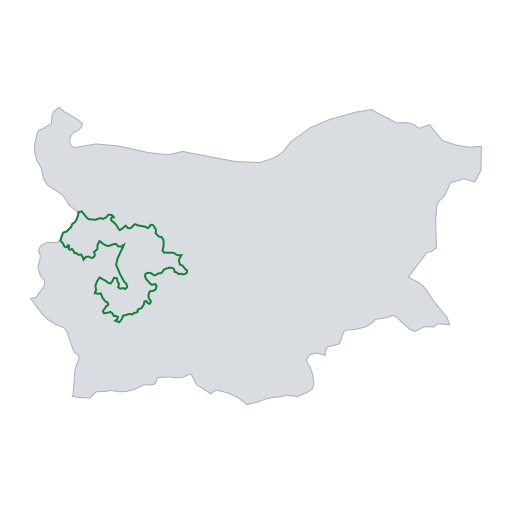 location of Sofia within Bulgaria
{"feature_id": "BGR-2244", "entity_name": "Sofia", "entity_type": "Province", "adm_level": 1, "iso_a3": "BGR", "parent_name": "Bulgaria", "parent_adm1": "", "projection": "orthographic", "projection_center": [23.554, 42.64], "detail": "fine", "context": "in_parent", "style": "outline", "palette": "green", "viewbox_px": 512, "rotation_deg": 0, "n_neighbors": 0, "source": "natural_earth", "source_scale": "10m", "svg_char_len": 4998}
<svg xmlns="http://www.w3.org/2000/svg" viewBox="0 0 512 512"><path d="M449.7,324.9L439.6,323.7L436.2,324.4L434.0,327.0L429.4,326.7L423.6,327.0L417.8,330.1L414.5,331.5L409.9,329.1L401.3,321.7L396.1,316.5L392.3,315.3L388.6,317.1L375.3,319.5L372.2,322.8L366.2,326.5L360.0,328.4L351.1,329.9L346.3,329.9L343.8,331.7L341.7,336.9L340.4,341.9L339.1,344.0L328.0,346.8L325.7,349.8L325.1,352.6L325.4,355.4L316.4,353.0L309.5,355.0L307.9,357.2L306.6,360.3L307.5,363.6L310.1,366.7L312.8,375.2L313.9,383.8L312.6,388.7L307.5,392.4L297.0,396.6L286.6,395.0L282.0,396.6L274.4,397.3L267.4,398.5L256.6,402.3L246.9,404.6L237.9,397.6L227.4,392.8L216.4,390.1L212.6,392.3L211.0,394.0L201.7,387.8L197.6,385.5L195.6,383.1L191.7,374.7L189.4,374.4L181.9,377.7L174.6,377.6L170.2,377.0L157.2,377.5L155.5,383.3L153.9,384.2L151.1,385.0L144.2,384.7L135.4,389.0L125.9,391.6L118.4,391.7L110.8,390.4L106.2,391.3L96.3,391.7L90.0,398.0L80.3,397.5L72.1,396.4L73.1,394.5L74.9,369.6L79.0,358.6L78.9,356.3L78.1,354.6L74.5,352.8L72.0,346.8L66.7,330.9L63.7,327.7L55.4,324.3L48.1,319.7L41.9,313.6L30.7,298.6L36.5,297.2L38.3,294.2L44.1,286.2L44.8,282.2L44.2,279.9L40.4,275.9L37.9,267.4L40.0,259.4L40.2,255.3L38.4,251.2L40.4,246.1L44.6,243.4L47.1,242.6L57.9,242.2L64.9,232.1L69.1,228.9L73.3,223.2L75.3,221.1L77.2,216.7L77.9,212.1L69.4,205.6L66.6,200.8L62.9,195.4L57.8,191.7L47.6,185.3L43.6,178.8L41.9,170.5L39.3,164.2L36.4,160.0L35.9,156.7L34.7,152.6L34.5,144.5L37.0,133.9L38.7,130.1L42.1,129.1L51.4,123.5L51.9,116.2L53.6,111.7L56.5,109.2L59.2,107.4L64.2,111.7L76.3,118.6L82.2,123.5L81.9,126.6L79.1,129.6L73.8,132.5L70.6,136.4L69.8,141.2L70.5,144.7L74.2,147.7L96.2,143.9L118.4,146.0L148.3,152.6L168.2,154.8L182.8,151.5L210.0,156.8L235.4,161.5L259.7,162.6L273.2,158.2L282.6,152.4L290.6,141.9L310.4,127.7L329.7,119.4L355.0,112.3L372.0,109.5L374.5,111.5L396.8,123.0L406.5,122.6L414.4,124.5L417.5,127.6L419.5,128.3L429.7,124.7L434.7,131.3L442.5,140.5L455.1,144.8L466.2,146.9L469.7,147.2L481.3,146.3L481.0,170.4L474.8,181.9L464.0,178.8L450.8,182.6L444.4,195.7L440.5,199.6L437.1,204.2L435.6,220.8L436.5,247.8L431.5,251.3L426.8,252.6L408.3,277.2L420.0,283.4L425.2,288.2L434.3,301.9L446.9,317.2L449.7,324.9Z" fill="#d9dde1" stroke="#a8b0b8" stroke-width="1"/><path d="M60.4,240.7L60.8,239.6L62.2,234.8L62.6,233.6L63.2,232.7L64.0,232.2L66.0,231.8L67.0,231.4L68.0,230.0L71.1,227.1L71.4,226.4L72.0,224.5L72.4,223.8L73.0,223.3L74.2,222.7L74.8,222.3L76.3,220.0L77.7,216.8L78.5,213.4L78.3,212.2L81.7,211.4L86.9,217.8L88.8,219.2L95.5,219.8L98.1,218.7L100.3,218.1L102.7,218.9L105.9,217.6L108.5,214.7L110.9,214.8L113.1,216.0L113.7,217.3L112.1,217.4L111.1,218.2L111.2,220.2L112.3,221.3L113.5,222.1L115.4,223.9L117.1,226.2L118.2,228.4L119.7,230.1L122.5,228.3L125.7,225.7L126.8,226.8L127.9,228.1L129.8,228.2L131.6,227.5L133.2,225.5L135.2,224.2L138.0,225.4L145.2,226.7L146.3,227.3L147.6,228.1L149.3,227.0L150.6,224.9L152.7,224.9L154.0,226.3L154.6,227.8L155.6,228.8L156.1,230.9L155.5,233.0L157.1,234.8L158.9,236.6L161.7,237.2L163.4,239.9L163.6,243.1L163.5,246.4L162.5,250.4L164.0,252.6L173.2,252.7L175.0,253.6L176.7,254.8L179.0,255.3L181.4,255.1L178.8,259.8L179.8,264.4L183.0,266.0L185.3,269.2L187.2,270.5L186.8,272.7L184.9,274.1L182.4,274.3L180.9,273.7L179.3,274.0L178.2,274.0L177.3,272.7L175.9,272.3L174.6,271.7L174.2,270.0L173.4,268.4L171.3,267.8L169.2,267.6L168.0,268.2L166.7,268.4L164.0,269.6L162.0,272.5L160.3,273.3L158.5,273.4L155.1,275.3L153.2,274.9L151.6,273.5L149.7,272.8L147.6,273.0L145.5,273.8L145.0,276.0L145.7,278.1L146.8,279.9L148.0,280.9L148.9,282.3L151.7,284.8L155.4,284.1L156.6,286.1L155.4,289.8L152.6,291.0L149.6,291.4L148.3,295.9L149.5,299.6L150.7,300.6L150.7,302.3L149.6,303.8L148.0,303.3L147.1,302.3L146.2,301.0L144.4,301.5L143.9,304.5L141.5,308.0L138.0,309.5L137.5,310.4L137.6,311.7L136.5,312.5L135.2,312.8L134.1,312.8L133.2,313.9L131.9,314.5L130.5,313.9L127.9,314.3L126.0,315.1L123.2,315.5L121.8,319.1L119.3,322.2L115.3,320.7L117.2,319.2L118.0,317.1L116.1,316.1L113.8,316.0L112.4,313.4L110.5,311.9L107.2,312.8L103.9,313.3L102.9,311.0L105.2,307.9L106.1,306.2L107.6,305.7L108.4,304.4L107.3,302.3L105.7,301.7L104.5,300.4L104.0,299.4L103.1,298.9L100.7,293.3L99.1,293.7L97.4,293.8L96.2,293.1L94.9,293.3L95.2,291.5L96.2,290.0L95.4,285.7L97.1,281.2L99.6,277.5L105.6,280.8L108.2,282.8L110.8,283.5L112.7,280.6L114.1,277.7L117.0,278.3L117.1,279.5L117.5,281.3L119.0,284.0L118.2,287.3L120.2,288.6L123.3,288.1L125.4,289.0L127.2,287.1L126.4,283.8L124.1,281.6L120.3,274.8L117.2,267.2L116.1,265.0L117.4,258.9L121.4,250.2L122.9,247.4L123.8,244.8L121.2,246.6L118.5,246.4L115.6,243.8L112.2,244.6L108.6,246.1L105.1,245.1L101.4,242.7L100.5,241.5L99.4,241.1L97.6,244.6L97.5,249.1L93.9,252.1L94.8,253.9L94.6,255.9L93.5,257.2L92.2,257.9L90.5,257.6L89.0,256.6L85.9,256.9L83.6,259.7L82.5,256.8L81.1,254.5L78.9,254.8L77.5,254.4L76.8,253.1L74.5,253.1L73.3,250.6L71.9,248.9L70.1,249.9L68.7,248.9L69.1,245.8L68.1,245.2L67.1,246.9L65.9,247.2L65.3,246.7L64.6,246.7L64.0,245.8L63.6,244.6L62.4,242.6L60.8,241.2L60.4,240.7Z" fill="none" stroke="#15803d" stroke-width="2"/></svg>